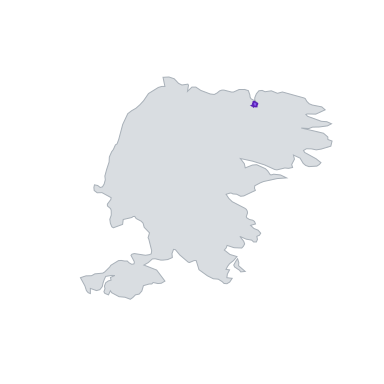 Cork City North East Lea-6, Cork, Ireland shown in context, rotated 211°
{"feature_id": "5873133B11463526340126", "entity_name": "Cork City North East Lea-6", "entity_type": "district", "adm_level": 2, "iso_a3": "IRL", "parent_name": "Ireland", "parent_adm1": "Cork", "projection": "albers", "projection_center": [-8.424, 51.935], "detail": "fine", "context": "in_parent", "style": "filled", "palette": "violet", "viewbox_px": 384, "rotation_deg": 211, "n_neighbors": 0, "source": "geoboundaries", "source_scale": "gbopen_adm2", "svg_char_len": 4677}
<svg xmlns="http://www.w3.org/2000/svg" viewBox="0 0 384 384"><g transform="rotate(211 192 192)"><path d="M233.1,71.8L226.7,76.5L225.7,78.3L223.9,85.3L223.8,87.4L219.7,95.3L217.4,96.9L214.0,98.2L212.0,99.5L209.5,98.9L206.4,99.0L204.8,100.4L204.9,101.5L205.8,102.7L211.7,106.3L211.4,107.8L209.8,109.5L199.3,113.8L196.2,116.4L195.1,118.0L196.3,120.9L204.7,129.3L206.1,130.2L207.4,135.1L214.8,137.1L217.9,140.1L220.5,140.8L226.2,140.5L228.5,141.6L229.8,140.7L230.5,139.1L236.8,133.0L234.8,128.5L241.0,120.8L242.8,120.9L245.8,123.1L248.4,126.3L249.3,130.6L251.7,134.5L253.2,135.8L257.3,136.5L258.3,138.0L257.7,143.7L258.4,145.5L268.8,145.1L272.9,142.5L276.6,142.9L278.4,145.3L279.3,147.9L276.2,149.0L273.0,148.6L271.4,150.3L271.4,153.6L272.6,157.8L274.9,160.8L276.8,167.5L278.5,175.0L280.9,179.5L281.6,185.1L281.3,187.9L281.9,192.9L281.0,194.7L281.9,199.4L286.2,214.3L287.4,226.1L285.6,230.6L283.2,234.9L281.6,239.9L280.5,245.3L280.0,254.0L274.7,264.3L272.3,266.9L269.6,268.5L275.9,275.4L271.0,278.7L265.6,279.9L259.5,278.2L255.8,278.5L251.1,282.3L250.0,281.7L247.7,275.9L246.1,281.9L242.7,283.9L236.8,283.6L226.9,285.4L223.1,287.1L221.5,289.8L220.4,292.9L218.8,294.8L217.1,295.8L209.4,298.1L207.9,299.1L204.4,304.1L199.7,307.0L195.9,307.9L192.4,305.0L191.0,303.2L189.4,302.3L184.1,302.5L185.8,303.4L186.8,305.4L187.4,309.4L186.8,313.2L184.2,315.2L181.0,315.6L176.1,319.6L169.6,320.6L166.0,324.3L144.4,330.3L143.1,330.4L140.2,328.8L137.0,328.0L133.7,328.5L124.6,331.8L120.2,331.0L126.0,322.5L133.5,318.2L134.3,317.1L131.9,316.4L117.6,319.2L112.6,321.7L107.6,322.3L110.0,318.4L116.5,313.2L122.1,309.7L124.5,306.6L131.3,303.1L109.6,310.1L103.9,309.1L102.6,307.0L98.2,307.8L96.6,302.8L103.4,295.3L107.2,292.1L111.8,290.5L116.2,288.0L117.8,285.0L115.8,283.9L102.8,284.4L96.6,283.6L97.0,281.2L98.3,278.5L104.8,274.0L108.3,273.3L111.4,273.8L116.8,276.7L124.1,275.9L121.1,272.9L120.7,266.9L118.4,264.8L121.4,262.0L124.8,260.4L130.6,254.7L132.6,253.9L143.8,252.6L155.8,249.7L167.8,245.6L161.7,243.2L158.8,240.1L154.0,246.3L150.6,248.7L141.1,249.8L138.1,249.1L133.8,247.1L132.5,247.8L131.2,249.3L124.9,252.2L118.2,252.8L126.0,247.3L136.0,237.9L138.2,235.0L141.4,229.7L140.4,227.4L138.5,226.0L145.6,215.3L148.1,213.4L152.6,213.1L156.0,211.4L157.4,211.4L158.7,210.8L161.6,207.6L157.2,205.5L152.6,204.4L138.4,205.3L136.5,205.1L134.8,204.1L133.6,202.6L132.8,198.9L131.8,198.1L128.6,198.0L125.4,199.1L123.2,198.9L121.1,197.3L124.6,193.6L120.2,192.6L115.7,193.3L111.9,192.1L111.9,189.7L113.6,187.4L111.5,185.1L111.1,182.3L113.5,180.9L116.0,181.5L121.3,179.5L128.1,178.6L122.3,176.4L120.1,174.6L120.0,171.9L120.5,169.6L127.3,165.9L134.4,164.3L133.9,161.7L134.4,158.9L127.3,158.0L120.2,159.8L121.1,154.5L122.9,149.8L123.2,146.6L123.0,143.2L119.7,144.6L119.4,139.8L118.0,136.5L113.1,138.7L113.3,134.3L114.8,131.4L117.4,130.1L119.9,130.7L124.6,130.8L129.1,128.6L135.6,128.1L146.0,129.0L153.1,135.4L154.9,134.3L157.8,130.3L159.1,129.9L169.9,131.7L176.5,134.0L178.3,133.3L177.4,128.8L175.1,125.7L178.0,121.6L181.5,118.9L183.8,117.5L189.2,115.8L191.5,114.2L193.1,109.0L195.6,104.6L182.1,106.9L169.3,101.7L171.3,98.0L174.0,96.0L178.7,94.4L179.1,92.5L181.5,90.9L185.4,86.7L184.0,81.3L184.7,77.3L187.5,74.7L188.4,71.0L189.6,68.3L195.2,67.3L200.6,64.7L209.0,64.3L211.1,65.3L210.6,60.8L214.5,60.2L216.1,61.1L216.8,64.3L218.6,66.3L219.2,69.8L218.0,72.6L216.0,74.7L217.9,76.8L215.1,80.7L218.1,79.0L222.5,75.2L222.2,72.1L221.4,68.2L220.2,64.7L220.7,60.8L223.1,58.3L229.5,57.0L226.8,52.6L229.1,52.2L231.7,53.1L235.5,56.4L243.5,61.1L239.7,65.5L235.0,68.5L233.1,71.8ZM118.8,156.2L118.6,158.3L115.5,155.6L114.1,152.8L105.5,151.3L109.1,148.6L110.9,149.4L116.9,149.7L118.6,150.9L118.8,156.2Z" fill="#d9dde1" stroke="#a8b0b8" stroke-width="1"/><path d="M184.9,301.7L185.0,301.6L185.3,301.5L185.4,301.4L185.2,301.4L185.2,301.2L185.4,301.0L185.4,300.8L185.4,300.5L185.3,300.4L185.2,300.3L185.2,300.1L185.3,300.0L185.6,299.7L185.7,299.4L185.5,299.2L185.3,299.1L185.2,299.0L185.1,298.8L184.9,298.7L184.8,298.4L184.9,298.1L185.0,297.9L185.0,297.7L185.1,297.4L185.2,297.2L185.0,297.3L185.0,297.1L184.7,296.7L184.4,296.9L184.2,297.1L183.9,297.2L183.8,297.3L183.7,297.2L183.7,297.3L183.3,297.4L183.3,297.5L183.2,297.4L183.2,297.5L182.9,297.6L182.6,297.6L182.3,297.6L182.1,297.6L182.1,297.8L181.9,297.9L181.7,298.0L181.8,298.1L181.7,298.2L181.3,298.2L181.2,298.3L180.9,298.4L180.7,298.5L180.7,298.4L180.5,298.5L180.8,299.0L181.0,299.4L181.0,299.5L181.1,299.9L181.1,300.0L181.4,300.0L181.5,300.1L181.4,300.6L181.2,300.9L181.2,301.0L181.2,301.3L181.3,301.5L181.9,301.7L182.5,301.5L183.3,301.6L183.6,301.7L183.9,301.7L184.0,301.7L184.4,301.6L184.6,301.6L184.9,301.7Z" fill="#8b5cf6" stroke="#5b21b6" stroke-width="1.5"/></g></svg>